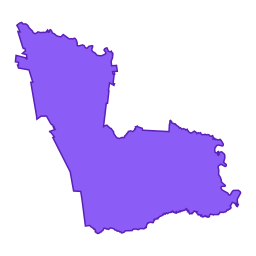 El Mante, Tamaulipas, Mexico
{"feature_id": "50627088B42847090379664", "entity_name": "El Mante", "entity_type": "district", "adm_level": 2, "iso_a3": "MEX", "parent_name": "Mexico", "parent_adm1": "Tamaulipas", "projection": "natural_earth1", "projection_center": [-98.766, 22.608], "detail": "fine", "context": "isolated", "style": "filled", "palette": "violet", "viewbox_px": 256, "rotation_deg": 0, "n_neighbors": 0, "source": "geoboundaries", "source_scale": "gbopen_adm2", "svg_char_len": 5892}
<svg xmlns="http://www.w3.org/2000/svg" viewBox="0 0 256 256"><path d="M174.5,212.3L174.9,212.8L175.9,212.1L175.6,213.0L176.6,213.1L177.0,212.5L178.4,212.0L178.7,212.2L179.2,211.6L179.9,211.8L180.1,210.9L180.7,211.4L181.6,210.9L181.9,211.0L182.1,210.6L182.9,210.7L183.4,210.3L184.0,210.5L185.3,209.9L186.0,208.6L186.7,209.0L186.4,209.6L186.7,210.0L186.8,209.7L187.1,209.9L187.1,210.4L188.1,210.5L187.8,210.8L188.2,211.2L187.9,211.7L188.7,211.7L189.0,213.0L189.7,213.4L190.1,212.8L189.9,213.8L190.8,213.5L191.9,213.8L192.4,213.2L192.3,212.8L193.0,212.7L193.6,211.5L194.5,211.0L195.1,211.7L196.5,211.7L196.1,212.0L196.4,212.5L196.8,212.4L197.3,213.9L198.2,214.4L198.3,214.9L199.8,214.6L200.5,215.9L201.3,215.3L201.2,216.0L201.8,216.1L202.1,216.7L202.3,216.6L202.1,216.2L202.4,216.3L202.5,216.8L202.9,217.0L205.2,215.8L205.4,216.4L206.0,216.2L206.8,216.9L207.1,216.9L207.3,216.4L207.6,216.5L207.7,217.1L208.1,217.2L209.4,216.6L209.4,215.4L210.4,214.1L211.0,214.5L212.3,214.4L213.1,214.9L213.2,214.7L214.4,214.6L218.3,214.6L218.7,214.2L218.6,213.9L219.4,213.5L219.9,212.3L223.7,212.4L224.4,211.9L225.5,211.9L226.5,211.1L227.1,209.9L227.9,210.2L229.0,209.2L229.7,209.3L230.4,208.1L231.0,207.9L230.8,206.6L230.1,205.9L230.5,205.1L231.2,204.8L232.2,202.5L232.9,202.4L235.1,203.6L236.4,203.3L236.5,204.1L236.1,204.4L235.5,204.2L235.5,204.7L236.0,205.2L236.7,204.8L237.0,205.3L236.7,206.3L237.3,206.6L238.4,204.6L237.6,203.6L237.2,199.7L237.6,198.5L240.6,193.0L240.3,191.9L238.4,190.3L233.6,190.4L232.9,190.8L231.7,192.3L230.4,194.7L229.3,195.1L228.4,194.4L227.9,193.2L221.9,189.8L221.0,187.9L221.2,186.9L221.5,186.5L224.7,186.3L225.2,186.0L225.3,185.4L221.5,182.1L221.2,179.8L220.4,177.4L218.6,174.5L218.8,170.4L218.1,166.8L218.5,165.9L220.9,164.2L225.1,166.5L226.1,166.0L226.3,164.9L226.2,164.4L223.6,162.4L224.9,157.7L224.7,154.8L224.1,153.9L221.8,151.9L220.3,152.0L219.1,152.6L218.9,153.5L219.2,154.4L218.6,155.2L218.2,155.3L217.5,154.2L218.3,152.5L218.3,151.6L217.7,151.8L217.0,152.7L215.9,152.9L215.0,152.2L214.7,149.7L215.0,148.0L216.7,145.5L218.5,145.0L222.3,146.0L223.1,145.5L223.3,144.8L223.2,143.9L221.3,140.6L220.0,139.3L218.2,140.1L216.6,139.3L215.3,139.6L214.7,139.1L215.1,138.8L214.9,138.5L213.1,139.1L213.1,138.6L213.6,137.7L213.0,137.0L212.9,136.0L212.4,135.6L211.4,136.4L209.5,135.7L209.1,134.9L208.0,134.5L206.4,134.9L205.0,134.2L204.5,134.6L202.2,134.7L201.5,134.4L200.5,132.7L199.3,133.2L198.4,132.7L197.0,133.6L196.7,132.8L194.4,131.1L192.1,132.6L190.8,133.1L188.6,131.8L188.0,130.5L187.5,130.4L187.2,129.3L185.6,129.9L185.2,129.3L183.4,128.6L182.7,129.1L182.0,129.1L180.5,127.8L179.8,128.0L179.1,127.7L178.8,126.8L177.2,125.9L175.4,124.1L175.2,124.4L174.7,123.8L174.0,123.8L173.4,123.3L172.3,123.3L171.3,122.3L171.7,121.9L170.6,120.4L170.0,120.6L169.7,124.4L169.4,124.4L169.0,131.6L142.6,130.2L142.2,128.3L137.8,126.8L137.4,126.1L135.4,126.9L135.7,127.4L135.6,128.2L135.1,128.6L135.2,128.9L134.8,129.0L134.9,129.5L133.3,131.2L132.4,131.5L130.9,130.9L128.3,131.4L128.1,132.3L127.4,132.9L126.8,133.9L126.5,133.9L126.0,135.0L125.0,135.6L124.3,137.5L121.8,137.5L119.4,138.5L117.2,137.9L115.9,136.7L113.8,133.6L113.5,131.5L113.1,131.3L111.2,128.5L110.1,128.2L106.9,125.2L105.9,125.3L103.5,126.6L106.3,103.3L107.5,103.3L108.9,91.1L108.8,90.5L108.4,90.5L109.6,82.9L113.9,85.4L114.5,83.8L113.1,83.6L114.1,74.7L114.7,74.3L114.5,73.1L112.9,73.8L112.6,71.6L117.3,71.3L116.5,65.4L111.7,65.8L111.1,61.5L112.6,57.6L112.5,56.1L112.9,54.8L112.4,54.1L112.8,53.7L112.7,53.0L111.9,52.6L111.3,51.2L110.5,51.8L108.3,51.2L107.1,48.0L106.4,47.9L104.9,48.6L104.1,49.7L104.1,50.3L105.7,52.3L105.9,53.1L105.0,54.2L101.5,55.8L97.8,55.5L96.8,55.0L94.7,52.7L93.3,52.1L92.0,50.7L91.8,49.3L92.7,46.7L92.6,45.8L91.9,45.7L88.9,46.3L87.3,48.0L86.4,48.2L85.1,47.4L84.1,45.6L82.5,44.9L79.2,45.8L77.6,45.8L77.2,45.4L77.2,43.2L76.7,41.2L75.9,39.3L74.8,38.3L74.0,38.3L72.7,39.0L71.0,38.6L69.4,39.0L63.2,34.5L60.9,36.9L57.6,36.2L56.1,35.4L54.2,33.7L52.4,33.0L51.7,31.2L50.6,29.7L49.5,30.2L49.5,31.5L48.7,32.3L48.2,32.3L47.9,31.9L47.9,30.5L47.5,30.0L46.2,32.0L44.7,32.5L43.8,32.3L40.6,32.6L38.0,31.9L35.8,33.5L34.9,33.6L33.2,32.7L32.4,31.0L29.2,27.9L27.7,25.3L26.0,24.0L23.0,23.9L21.8,22.5L21.2,22.5L19.5,23.2L16.9,25.2L16.9,25.7L17.3,25.9L19.1,29.6L19.3,29.7L19.1,29.7L20.1,31.9L17.9,31.5L22.7,47.1L23.3,48.5L24.9,48.4L25.5,50.6L22.4,53.5L26.5,54.7L26.9,58.8L26.1,58.7L26.0,57.9L16.1,55.4L15.4,61.8L18.5,62.3L18.3,65.3L17.6,65.2L18.5,68.0L29.0,69.9L32.8,82.2L30.8,82.3L36.5,115.6L36.9,119.2L41.2,116.1L46.5,116.1L50.7,123.5L51.7,124.7L52.4,124.7L53.3,125.8L53.1,125.9L53.1,126.4L53.7,126.4L54.2,127.0L53.6,127.4L54.5,128.5L54.2,128.6L55.1,129.5L49.7,131.4L50.1,132.1L50.5,131.9L54.4,136.9L52.8,137.5L70.2,171.8L73.6,191.0L80.7,191.4L82.0,199.5L85.4,226.0L89.8,225.5L91.2,227.0L93.1,228.1L93.5,228.9L94.1,229.2L94.6,229.0L95.5,230.5L95.2,231.0L95.3,231.8L95.9,231.9L96.1,232.6L97.8,233.5L99.4,233.0L100.3,232.1L101.0,232.1L102.2,230.7L102.8,230.6L104.0,228.3L105.0,228.2L106.3,229.0L106.6,228.8L108.6,229.4L109.7,228.4L110.8,227.9L113.9,228.8L114.8,229.9L116.4,230.3L117.1,231.1L118.4,231.1L119.1,231.2L119.7,231.9L120.3,231.7L121.0,232.0L121.2,232.7L121.8,233.0L124.2,232.1L125.4,230.8L132.1,230.6L133.1,229.4L134.0,228.9L134.9,229.2L136.0,228.9L137.8,229.6L138.6,229.6L140.2,228.5L143.7,228.8L144.6,228.5L145.1,227.8L145.2,228.0L146.2,227.6L146.8,224.5L148.2,222.7L148.6,223.0L149.7,222.3L151.5,222.3L152.2,222.7L152.5,222.4L153.3,222.5L153.4,221.6L154.1,220.8L154.1,219.6L154.9,219.7L155.1,219.0L156.9,219.0L157.0,218.3L157.4,218.2L157.9,218.5L158.0,218.1L158.3,218.1L159.6,216.5L161.5,215.9L162.5,215.1L162.7,214.6L163.3,214.9L163.7,214.6L164.0,213.6L164.5,213.9L164.8,213.6L165.4,214.0L165.6,213.4L166.5,212.9L167.1,213.5L167.7,213.6L168.8,212.6L170.2,212.5L170.8,212.1L171.5,212.3L172.2,211.8L171.8,211.5L172.4,211.0L173.2,211.5L173.5,212.3L174.5,212.3Z" fill="#8b5cf6" stroke="#5b21b6" stroke-width="1.5"/></svg>